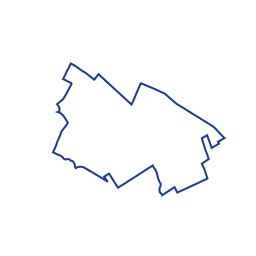 Stoenesti, Olt, Romania (Albers equal-area conic projection), rotated 238°
{"feature_id": "2599482B16432204852873", "entity_name": "Stoenesti", "entity_type": "district", "adm_level": 2, "iso_a3": "ROU", "parent_name": "Romania", "parent_adm1": "Olt", "projection": "albers", "projection_center": [24.481, 44.1], "detail": "fine", "context": "isolated", "style": "outline", "palette": "blue", "viewbox_px": 256, "rotation_deg": 238, "n_neighbors": 0, "source": "geoboundaries", "source_scale": "gbopen_adm2", "svg_char_len": 5277}
<svg xmlns="http://www.w3.org/2000/svg" viewBox="0 0 256 256"><g transform="rotate(238 128 128)"><path d="M83.7,201.1L84.0,201.0L85.5,200.3L87.0,199.6L88.3,199.0L89.8,198.2L90.1,198.1L90.7,197.8L91.3,197.5L91.8,197.2L92.2,197.1L93.1,196.6L94.2,196.0L95.0,195.7L95.8,195.2L96.7,194.8L97.8,194.3L98.6,193.9L99.6,193.4L100.4,193.0L101.2,192.6L102.4,192.0L103.3,191.6L104.5,191.0L105.4,190.5L106.0,190.2L106.5,190.0L106.8,189.8L107.1,189.8L107.3,189.7L107.6,189.4L107.9,189.3L108.1,189.2L108.3,189.2L108.5,189.2L108.7,188.9L108.9,188.9L109.3,188.7L110.2,188.2L111.9,187.4L113.1,186.8L114.3,186.2L114.8,186.0L117.4,184.7L118.3,184.2L119.9,183.4L121.0,182.9L122.4,182.2L122.9,181.9L123.5,181.8L124.3,181.5L124.6,181.4L125.9,181.0L128.1,180.3L129.7,179.8L137.6,177.4L138.0,177.3L138.4,177.0L139.0,176.4L140.2,175.7L141.3,174.9L142.2,174.4L147.1,171.2L150.7,168.6L151.2,168.3L152.1,167.6L152.9,167.0L153.7,166.5L154.5,165.9L156.8,164.3L157.5,163.8L158.1,163.3L158.6,162.9L158.8,162.8L159.0,162.7L158.7,161.7L158.2,161.2L157.5,160.1L156.9,159.3L156.5,158.6L155.8,157.6L155.2,156.7L154.7,156.1L154.5,155.7L153.1,153.7L151.7,151.8L150.1,149.5L149.2,148.2L148.2,146.8L147.1,145.1L146.0,143.4L154.9,141.0L155.5,140.8L156.3,140.6L157.0,140.4L157.7,140.2L158.3,140.0L159.2,139.8L160.2,139.5L161.1,139.3L162.0,139.0L163.2,138.7L164.3,138.4L167.0,137.6L167.3,137.5L167.6,137.5L168.2,137.4L168.9,137.1L169.6,136.9L170.1,136.8L170.7,136.6L171.3,136.5L171.8,136.3L172.4,136.1L173.1,136.0L173.7,135.8L174.4,135.6L175.0,135.4L175.9,135.2L176.4,135.0L176.7,135.0L176.8,134.9L177.0,134.9L177.3,134.7L177.5,134.6L177.8,134.6L178.0,134.5L178.3,134.4L178.5,134.3L178.6,134.2L178.8,134.1L179.0,134.1L179.0,134.3L180.3,134.0L181.3,133.7L182.8,133.3L184.2,132.9L185.5,132.5L186.7,132.2L188.0,131.9L189.3,131.5L188.7,129.9L187.3,126.1L186.9,125.0L198.1,120.9L198.8,120.5L199.6,120.0L201.6,119.0L202.0,118.8L203.3,118.3L205.0,117.7L205.3,117.5L205.6,117.4L205.8,117.3L206.1,117.2L206.4,117.0L206.7,116.9L207.1,116.8L207.3,116.7L207.7,116.5L208.8,116.0L209.0,115.9L209.2,115.7L209.3,115.7L209.5,115.4L209.7,115.5L209.8,115.6L213.0,113.7L209.6,108.2L209.3,107.5L208.7,106.6L208.1,105.6L207.9,105.2L207.2,104.2L206.6,103.2L205.9,102.2L205.5,101.4L205.1,100.8L204.5,99.9L204.1,99.3L204.0,98.9L203.2,99.3L202.2,100.0L201.5,100.4L200.9,100.8L200.0,101.3L199.0,101.9L198.0,102.5L197.3,103.0L196.4,103.5L196.1,103.7L195.6,103.7L195.3,103.4L194.3,101.8L193.5,100.4L192.2,98.2L190.5,95.2L188.9,92.3L187.6,89.7L187.0,88.7L186.8,88.2L186.8,87.6L186.3,84.2L186.0,82.3L185.8,80.5L185.1,80.6L184.5,80.6L183.7,80.6L183.0,80.6L181.9,80.6L181.2,80.3L180.7,80.1L180.1,79.7L179.5,79.3L179.1,79.0L178.7,78.8L178.6,78.6L178.5,78.3L178.5,78.1L178.6,77.7L178.7,77.4L178.8,76.9L177.7,77.8L176.4,78.6L173.6,79.5L172.7,79.7L169.0,79.8L165.9,79.8L164.4,79.8L162.5,75.8L160.4,69.9L157.3,66.0L154.2,61.3L150.9,57.2L148.3,53.3L147.2,51.5L145.4,52.6L144.2,53.4L142.5,54.4L142.5,54.5L141.9,54.9L141.5,55.3L141.0,55.7L140.4,56.1L139.9,56.4L139.2,56.7L138.7,56.9L138.2,57.0L137.7,57.1L137.1,57.1L136.5,57.1L136.1,57.2L135.8,57.3L135.5,57.5L135.2,57.7L134.9,57.9L134.6,58.2L134.4,58.5L134.1,59.1L133.9,59.7L133.6,60.3L133.2,60.9L132.8,61.4L132.5,61.7L132.1,61.8L131.5,62.0L131.0,62.0L130.6,62.2L130.4,62.4L130.1,62.7L129.7,63.1L129.4,63.3L128.8,63.5L128.5,63.7L128.0,63.8L127.3,63.7L126.9,63.6L126.5,63.7L125.8,63.6L124.9,63.2L124.0,62.8L123.5,62.5L122.8,62.4L122.1,62.4L121.7,62.4L121.7,62.8L121.7,63.5L121.5,64.5L121.3,65.1L121.0,65.9L120.6,66.7L120.1,67.5L119.6,68.1L119.2,68.6L118.7,69.1L118.1,69.5L117.4,70.0L116.6,70.4L115.4,71.0L115.0,71.2L114.7,71.4L114.5,71.5L113.1,72.1L113.3,72.2L111.0,73.4L107.6,75.1L105.4,76.2L104.5,76.7L103.2,77.3L97.8,80.1L94.0,81.9L93.0,82.3L99.3,81.9L99.3,82.4L99.4,84.2L99.3,87.8L96.8,87.8L96.2,87.8L93.7,87.8L91.0,87.8L88.3,87.8L86.1,87.8L84.1,87.9L82.7,87.9L82.7,88.2L82.7,88.7L82.7,89.4L82.7,89.7L82.7,91.3L82.6,96.3L82.7,97.6L82.8,105.8L82.8,111.3L82.9,113.0L82.9,115.2L83.0,119.7L83.1,128.5L83.1,129.1L82.4,128.9L82.2,128.8L81.7,128.9L81.1,129.0L80.8,129.0L80.1,128.9L79.3,129.0L77.9,129.0L77.4,129.1L77.0,129.0L76.7,128.9L76.3,128.8L75.4,128.8L75.1,128.8L74.7,128.7L74.4,128.5L74.0,128.4L73.2,128.1L72.9,127.9L72.7,127.9L72.4,127.9L72.2,127.9L70.4,127.2L68.2,126.6L67.1,126.4L66.1,126.2L64.8,126.2L64.5,126.2L63.8,126.2L63.0,125.9L62.6,125.7L62.3,125.5L61.6,124.8L61.1,124.1L60.5,123.4L60.0,122.7L59.6,122.3L59.5,122.2L59.3,122.1L59.1,122.1L58.8,122.0L58.6,121.9L58.4,121.8L58.2,121.7L57.8,121.4L57.6,121.4L57.4,121.2L57.2,121.1L56.9,121.0L56.7,121.0L56.3,121.1L56.0,121.1L55.8,121.1L55.6,121.1L55.3,121.2L55.1,121.3L54.8,121.3L54.6,121.4L54.3,121.4L54.2,121.4L53.8,121.5L53.6,121.5L53.3,121.5L53.1,121.6L52.9,121.5L53.2,136.1L47.1,135.6L46.1,143.4L45.1,151.2L43.0,168.6L45.4,169.2L50.3,170.4L51.8,170.8L55.3,171.3L58.6,171.7L58.9,180.0L59.6,180.2L59.9,180.3L60.3,180.4L60.6,180.4L61.0,180.5L61.6,180.6L62.3,180.8L63.1,181.0L63.9,181.2L64.3,181.3L65.1,181.4L66.2,181.6L66.5,181.7L67.2,181.8L68.6,182.2L70.9,182.7L73.3,183.4L76.7,184.2L80.2,185.2L79.9,191.2L70.3,189.2L66.8,188.4L66.5,196.8L68.6,197.1L68.4,203.8L68.3,204.5L68.6,204.4L69.3,204.2L70.3,204.0L71.7,203.7L73.1,203.4L74.2,203.2L75.7,202.9L77.1,202.6L79.5,202.2L81.6,201.7L83.7,201.1Z" fill="none" stroke="#1e3a8a" stroke-width="2"/></g></svg>